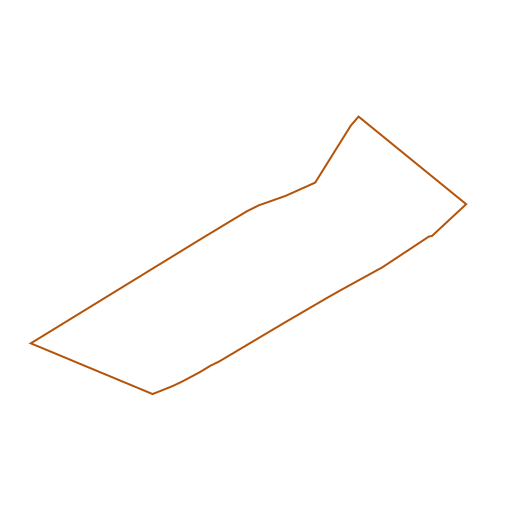 outline of Dar Naim, Nouakchott, Mauritania, rotated 203°
{"feature_id": "47542326B20684442825570", "entity_name": "Dar Naim", "entity_type": "district", "adm_level": 2, "iso_a3": "MRT", "parent_name": "Mauritania", "parent_adm1": "Nouakchott", "projection": "albers", "projection_center": [-15.933, 18.106], "detail": "fine", "context": "isolated", "style": "outline", "palette": "amber", "viewbox_px": 512, "rotation_deg": 203, "n_neighbors": 0, "source": "geoboundaries", "source_scale": "gbopen_adm2", "svg_char_len": 451}
<svg xmlns="http://www.w3.org/2000/svg" viewBox="0 0 512 512"><g transform="rotate(203 256 256)"><path d="M216.1,424.4L219.7,413.0L230.2,346.7L252.4,322.8L273.3,303.7L281.4,294.2L290.5,281.8L317.7,244.1L429.2,87.6L297.3,88.5L282.3,103.3L275.1,111.4L261.9,127.7L255.1,137.2L248.8,144.4L204.3,205.0L174.4,245.0L164.9,257.4L138.6,290.8L135.8,294.2L104.5,341.4L101.8,343.3L82.8,385.8L216.1,424.4Z" fill="none" stroke="#b45309" stroke-width="2"/></g></svg>